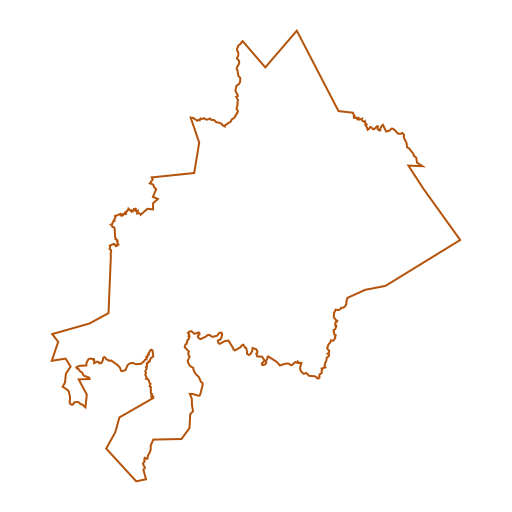 Batopilas, Chihuahua, Mexico
{"feature_id": "50627088B93587914067010", "entity_name": "Batopilas", "entity_type": "district", "adm_level": 2, "iso_a3": "MEX", "parent_name": "Mexico", "parent_adm1": "Chihuahua", "projection": "mercator", "projection_center": [-107.773, 26.928], "detail": "fine", "context": "isolated", "style": "outline", "palette": "amber", "viewbox_px": 512, "rotation_deg": 0, "n_neighbors": 0, "source": "geoboundaries", "source_scale": "gbopen_adm2", "svg_char_len": 6037}
<svg xmlns="http://www.w3.org/2000/svg" viewBox="0 0 512 512"><path d="M52.2,334.1L58.2,341.8L51.8,360.8L65.6,358.6L70.6,366.6L65.9,373.7L65.0,382.5L62.6,386.7L67.6,390.0L68.8,391.5L70.0,396.7L70.0,400.2L69.5,401.7L70.0,403.3L70.4,404.1L72.2,404.8L73.1,404.3L74.0,402.5L77.5,401.9L79.2,402.6L80.4,404.0L82.4,404.6L85.4,407.3L86.8,394.6L78.7,379.4L89.5,379.0L89.3,377.7L83.7,375.6L82.1,372.5L80.2,371.4L78.6,369.1L77.1,368.6L76.3,367.4L79.0,365.9L86.3,365.5L86.6,362.6L88.4,359.4L89.3,358.7L91.4,358.7L93.2,359.8L93.1,359.0L93.8,359.0L94.3,361.0L94.1,363.1L97.4,361.6L99.1,362.4L99.3,363.3L101.4,363.0L102.8,360.3L103.2,357.9L104.3,357.0L105.4,357.8L106.3,359.4L108.1,359.9L108.9,360.8L111.2,360.5L117.5,365.0L119.8,367.4L121.2,370.9L122.3,371.2L125.5,370.0L127.6,365.1L129.9,363.3L133.1,362.9L134.2,363.7L137.0,364.2L141.2,363.7L143.9,361.4L144.9,359.8L146.5,359.2L146.3,357.5L146.8,357.4L146.6,356.7L147.4,356.6L147.9,354.5L148.8,354.6L148.9,352.8L150.6,350.0L151.5,349.7L152.5,350.5L153.3,356.5L150.7,358.2L149.5,361.8L148.4,361.6L147.7,363.2L146.8,363.4L147.0,366.6L146.0,367.1L146.7,368.4L145.3,371.4L146.0,373.2L145.2,374.7L146.6,377.3L146.0,378.7L147.9,379.2L148.9,380.6L149.6,383.1L150.5,383.9L149.6,386.3L151.0,387.2L150.6,388.7L151.0,390.6L150.7,391.5L151.0,393.4L152.0,393.9L151.3,395.7L152.8,396.0L153.3,396.7L151.9,397.6L152.8,398.3L119.4,417.4L115.3,432.2L106.2,448.6L136.2,481.3L146.0,479.3L143.4,469.7L144.9,467.8L142.9,463.7L144.6,461.3L144.3,459.1L144.8,457.8L146.9,458.9L147.6,458.4L147.9,455.7L149.5,452.9L150.7,449.7L150.7,445.5L153.3,439.6L181.5,439.0L189.5,428.0L190.2,414.2L193.0,411.3L192.0,405.2L191.8,398.7L189.9,393.9L192.6,394.0L198.9,395.8L199.8,395.3L200.5,393.5L202.7,384.8L202.5,383.0L200.8,381.7L198.9,377.1L196.0,374.3L194.5,371.9L193.6,370.2L193.3,368.0L189.9,365.9L188.0,362.4L187.7,360.9L189.6,356.6L188.5,354.9L188.2,353.3L188.9,351.5L184.7,347.2L185.4,344.6L186.8,343.6L186.7,342.3L187.3,341.8L187.5,340.0L188.4,339.4L189.4,337.1L188.7,336.6L189.3,335.8L188.9,335.2L189.2,334.6L187.9,333.1L189.6,331.5L191.3,331.2L194.5,333.8L198.4,332.5L199.3,332.7L199.5,334.5L198.4,334.9L197.8,336.5L198.6,338.1L200.5,339.1L205.3,336.9L207.8,335.0L209.5,334.9L211.9,336.7L212.7,336.8L217.1,335.7L219.3,332.9L221.4,332.6L222.2,334.2L221.3,337.9L220.2,339.5L218.1,340.3L217.8,341.2L218.6,343.4L219.9,343.8L225.0,341.0L228.5,340.6L233.3,348.4L233.5,349.6L234.9,350.4L240.4,347.3L242.2,345.0L243.3,344.7L245.4,348.0L246.2,348.1L247.1,351.8L247.0,353.7L248.7,355.0L250.4,354.2L252.2,351.0L252.6,348.0L256.3,349.3L257.4,351.6L257.2,353.1L256.3,353.6L257.1,356.3L262.1,356.8L264.2,359.9L264.3,360.9L261.8,363.5L262.4,365.1L264.7,364.6L266.1,363.2L266.2,360.5L267.5,358.5L267.4,357.1L268.3,356.4L276.7,361.9L280.0,365.5L284.9,363.8L287.5,363.5L288.8,363.7L291.1,365.3L291.9,365.1L295.3,362.1L297.0,362.8L297.6,361.5L298.9,363.1L300.1,362.7L301.4,363.0L300.2,366.9L300.1,368.9L301.0,371.3L302.8,373.1L303.9,373.8L306.3,373.0L309.0,375.8L314.9,376.3L316.7,377.3L317.4,378.5L318.5,378.4L319.5,377.7L319.3,375.8L319.8,374.2L321.6,373.2L321.7,370.4L322.2,369.9L321.6,368.5L325.3,367.4L324.4,365.7L325.2,364.3L325.1,362.9L326.2,361.2L326.8,357.6L328.4,356.6L329.0,355.4L329.1,354.8L327.6,353.7L328.9,352.6L329.2,350.6L327.8,349.4L327.1,347.8L327.9,346.4L328.1,345.0L330.4,342.2L331.0,340.3L333.3,340.7L335.3,337.9L334.9,337.3L335.7,335.2L334.5,334.7L333.5,330.3L334.9,329.4L336.1,327.1L336.3,325.7L335.2,325.5L335.5,322.3L336.9,321.7L337.3,320.9L336.0,320.1L333.7,317.2L334.2,312.3L335.2,311.1L335.6,309.6L338.5,310.1L340.3,309.2L341.2,307.8L343.1,307.7L344.9,306.6L346.4,304.0L346.2,302.1L346.7,301.4L346.6,299.7L347.6,298.4L347.5,297.8L365.3,289.8L385.4,285.9L460.2,240.0L423.3,188.6L408.4,165.6L422.5,166.2L417.0,162.6L416.3,157.7L413.7,155.7L413.5,154.0L408.9,148.2L407.1,147.3L406.5,142.9L403.8,137.5L403.9,134.5L402.4,133.0L400.0,134.0L397.6,133.4L395.1,130.4L393.2,128.9L391.8,128.5L389.1,130.7L386.2,131.6L382.9,124.8L381.6,126.1L380.3,128.6L380.3,130.1L379.6,130.6L377.6,129.1L377.8,126.2L377.1,126.2L374.0,129.3L372.9,129.1L371.3,127.3L370.1,127.1L369.2,128.7L367.7,129.8L366.9,127.3L365.3,124.9L365.4,124.4L366.4,124.3L365.3,122.9L364.9,121.2L364.2,121.8L362.3,120.8L361.7,119.6L362.0,118.7L359.3,119.6L358.6,117.8L358.2,117.7L357.4,119.2L356.1,117.8L353.9,117.8L353.9,116.4L354.6,115.9L353.8,115.2L352.9,112.7L338.5,111.1L296.8,30.7L265.3,67.4L242.6,41.1L241.5,42.1L241.0,43.5L238.1,45.8L236.9,49.7L237.5,51.5L238.1,51.9L238.4,54.3L238.0,56.3L236.9,58.5L238.8,60.5L239.3,62.3L238.8,64.2L237.0,67.1L236.7,69.2L237.4,69.8L238.4,76.0L240.2,77.8L240.2,80.2L240.1,81.8L239.1,83.9L236.4,85.9L235.4,90.2L236.3,92.9L237.5,94.4L237.8,95.9L236.2,96.8L238.0,100.2L237.4,102.9L237.7,104.0L236.5,109.0L237.8,110.7L237.8,112.0L236.9,113.0L236.8,114.1L235.5,115.1L235.5,116.2L233.9,118.1L231.7,119.5L230.9,121.4L224.7,125.6L224.7,126.4L222.5,125.2L221.7,123.9L219.2,122.7L216.2,122.2L214.2,120.1L211.0,119.8L210.1,118.5L207.0,119.7L205.3,119.2L204.2,118.2L201.9,119.0L200.5,118.5L199.7,120.3L198.6,119.8L197.4,120.8L193.3,118.0L190.7,117.6L199.2,142.6L194.2,173.0L151.7,177.4L152.7,179.5L149.8,183.4L152.5,184.2L153.5,185.3L154.1,187.2L156.2,189.2L152.9,196.9L157.9,199.0L153.1,203.2L153.0,209.4L147.4,208.8L140.8,214.6L140.7,214.0L139.0,213.2L137.2,213.5L137.8,210.7L136.4,211.3L135.6,211.0L135.9,209.2L135.7,208.7L134.1,208.9L134.2,209.6L133.7,209.6L132.8,211.3L131.7,210.5L131.5,211.1L131.2,210.5L130.7,210.8L128.4,208.6L127.7,210.5L126.6,211.4L125.8,214.1L124.5,213.9L124.5,213.4L124.0,214.1L122.8,214.1L123.1,215.0L122.3,215.7L120.8,215.5L120.4,213.9L115.5,216.0L114.8,215.2L115.4,217.6L114.1,219.7L114.5,220.8L113.5,221.0L112.1,224.0L111.1,224.6L111.7,224.8L112.4,226.9L114.1,227.3L114.7,228.8L115.1,237.3L115.9,238.4L115.5,239.2L117.5,240.3L117.6,241.3L117.2,241.6L117.8,243.1L117.3,244.3L117.8,244.6L116.9,244.8L117.2,245.6L116.0,246.2L114.0,243.8L109.8,245.6L110.1,246.9L109.6,249.1L111.1,250.2L111.1,252.3L110.5,254.1L110.9,255.4L108.5,313.1L89.5,323.5L52.2,334.1Z" fill="none" stroke="#b45309" stroke-width="2"/></svg>